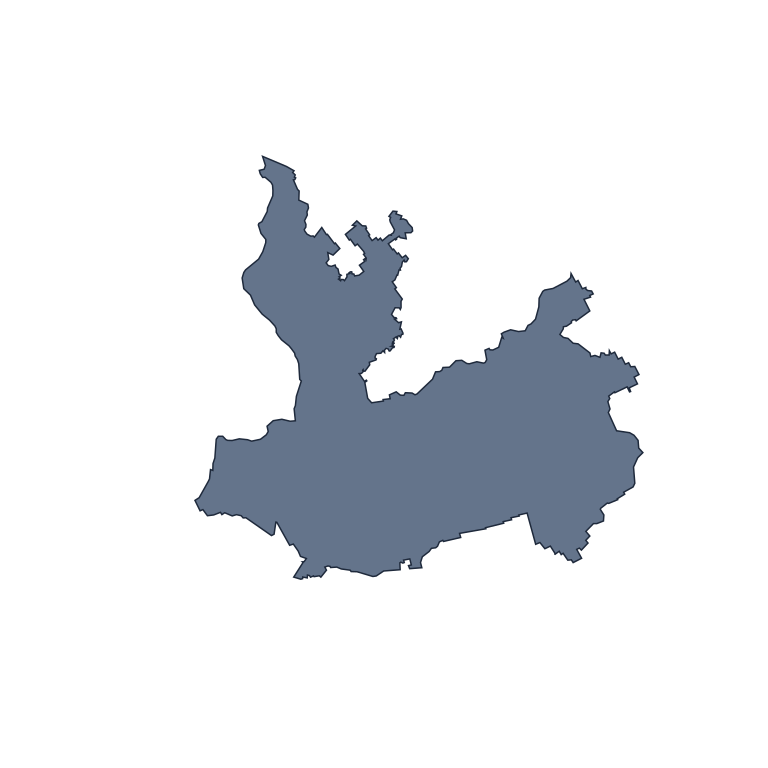 Espinal, Veracruz, Mexico (Robinson projection), rotated 145°
{"feature_id": "50627088B15670819886365", "entity_name": "Espinal", "entity_type": "district", "adm_level": 2, "iso_a3": "MEX", "parent_name": "Mexico", "parent_adm1": "Veracruz", "projection": "robinson", "projection_center": [-97.51, 20.255], "detail": "fine", "context": "isolated", "style": "filled", "palette": "slate", "viewbox_px": 768, "rotation_deg": 145, "n_neighbors": 0, "source": "geoboundaries", "source_scale": "gbopen_adm2", "svg_char_len": 6171}
<svg xmlns="http://www.w3.org/2000/svg" viewBox="0 0 768 768"><g transform="rotate(145 384 384)"><path d="M605.6,397.1L607.4,385.6L604.4,385.0L604.2,377.4L598.6,374.4L591.6,372.7L591.7,370.0L588.3,369.9L584.0,363.0L579.8,361.6L576.5,358.0L576.2,355.1L573.8,353.6L563.1,324.4L560.2,324.0L551.8,332.9L551.1,332.2L553.8,306.0L550.1,304.9L550.1,296.4L551.3,290.7L547.7,285.6L551.2,284.3L552.8,285.1L552.5,284.3L568.7,277.6L564.1,271.8L562.3,271.2L561.3,272.5L558.1,269.2L556.3,271.4L554.9,269.8L555.0,267.9L551.8,267.2L551.8,266.3L547.0,264.0L546.5,262.0L537.9,264.5L537.5,268.0L534.3,267.1L532.8,265.6L533.0,264.3L527.7,261.1L525.1,257.0L518.5,250.9L518.5,249.2L513.8,245.7L503.5,232.7L500.5,231.2L491.5,231.0L477.3,222.6L473.6,228.4L472.4,228.4L471.3,226.5L469.8,226.1L469.0,228.5L464.9,226.7L463.2,225.9L465.4,220.1L468.1,221.2L468.9,218.0L458.4,211.8L456.5,216.8L451.7,220.5L443.1,220.9L439.4,222.2L435.6,220.2L433.2,220.4L429.2,222.9L425.5,222.2L425.6,220.9L409.2,214.3L407.8,218.3L383.6,207.0L383.3,208.1L365.8,201.3L365.3,202.9L357.4,199.6L356.6,201.6L349.0,198.3L348.7,199.4L340.8,196.2L351.7,165.7L347.2,164.7L346.7,156.8L340.7,155.8L341.1,146.9L342.1,146.4L336.4,146.5L336.7,142.6L334.4,142.6L334.5,134.3L331.4,132.5L331.5,129.2L322.1,127.9L321.0,138.0L318.1,137.5L317.6,134.7L308.1,136.7L308.4,140.2L302.6,141.4L303.2,147.5L292.5,149.5L289.8,147.6L282.8,145.9L279.0,150.6L278.7,157.3L277.8,157.9L269.4,158.4L268.4,157.3L258.9,155.2L258.8,156.2L250.0,155.7L249.8,157.9L239.0,156.8L235.5,158.8L227.2,172.9L218.4,178.1L211.3,179.3L212.1,185.4L208.2,192.1L208.6,198.6L210.7,203.2L220.3,212.3L216.6,232.0L213.2,233.9L210.7,241.2L207.4,242.6L206.9,245.2L199.8,245.4L199.9,244.4L186.5,242.2L187.4,236.7L186.3,236.4L185.3,240.2L176.3,238.7L175.1,246.2L169.7,245.5L168.5,254.5L172.0,256.6L171.4,261.1L175.0,261.8L173.9,269.5L177.9,270.1L176.8,277.8L180.7,278.4L180.3,282.0L183.0,278.6L186.1,280.8L186.0,282.9L188.3,285.0L191.8,282.0L194.8,286.4L198.9,287.9L197.5,291.3L202.0,305.6L205.7,308.9L207.1,315.8L210.3,319.2L211.5,323.7L205.6,326.3L204.2,328.0L201.4,326.7L195.3,326.6L194.9,327.7L192.8,328.2L190.2,326.8L190.4,325.5L173.5,325.8L171.6,338.7L165.0,336.7L164.7,338.5L161.0,337.8L160.6,341.1L163.6,343.8L164.2,345.9L163.3,347.3L166.9,348.3L165.7,357.5L168.5,357.6L167.4,367.2L170.1,364.1L175.2,363.3L190.7,365.3L198.5,368.8L200.8,368.8L207.7,365.3L212.9,358.4L222.7,350.2L229.1,348.9L232.4,349.4L237.8,346.6L243.7,349.8L249.2,355.8L255.9,357.6L259.1,357.8L260.1,353.2L260.8,354.7L269.0,348.3L275.3,349.4L277.6,351.2L277.5,352.9L281.9,353.8L285.9,345.0L288.8,343.6L290.5,344.0L295.2,349.0L302.5,351.6L304.4,353.3L306.7,358.8L311.7,361.8L320.7,360.2L326.2,363.7L328.8,362.1L331.2,362.2L334.8,364.4L341.5,360.1L362.7,356.9L364.8,357.4L366.2,360.5L371.5,364.6L374.2,363.3L377.0,365.5L378.5,370.6L385.8,372.0L387.4,368.4L393.7,371.8L394.3,370.4L404.9,375.7L405.6,381.6L398.8,396.3L396.3,396.4L396.3,397.3L398.5,397.3L398.4,406.8L396.4,405.6L393.8,406.1L393.7,407.4L392.9,407.7L393.4,406.3L392.2,405.4L384.7,407.9L383.6,410.2L376.7,408.3L375.8,409.0L376.4,410.5L375.4,411.7L372.7,413.2L368.9,411.0L365.8,411.8L365.4,409.5L364.1,411.5L361.9,412.0L360.5,410.3L360.8,408.0L359.9,407.6L356.3,408.8L354.8,408.2L354.0,408.9L356.2,410.7L354.4,410.4L353.9,411.1L354.4,412.0L353.0,413.2L352.6,410.9L352.0,413.2L350.3,414.0L350.2,415.7L347.3,415.5L347.0,413.6L346.1,414.4L346.7,415.5L343.9,414.9L343.6,412.8L341.2,414.6L340.1,413.9L339.3,414.7L338.4,419.3L339.6,419.8L334.1,424.9L336.9,425.9L338.2,431.1L336.2,430.3L336.1,431.3L337.7,432.9L337.9,436.7L331.2,440.1L327.8,437.6L327.9,435.7L326.2,436.8L322.6,442.0L320.3,443.1L320.6,455.7L318.6,455.8L318.6,463.0L315.4,463.0L310.9,465.8L310.4,465.3L306.3,468.8L305.2,467.9L304.5,469.6L302.3,470.2L299.1,473.3L296.5,474.0L296.9,472.1L295.4,471.3L292.2,472.7L292.5,477.0L296.7,477.0L297.0,483.1L298.6,483.0L298.8,489.0L300.0,489.0L300.0,496.4L291.7,496.6L291.8,495.4L290.6,495.4L290.1,496.4L286.8,496.4L286.8,494.6L282.5,490.2L279.9,495.7L275.2,492.5L272.8,492.9L271.2,496.0L272.0,501.4L271.6,505.2L273.5,508.2L276.0,509.5L273.0,511.5L276.6,516.5L274.5,517.9L277.5,520.5L283.8,518.5L283.0,516.7L285.1,515.2L285.9,513.2L287.0,504.2L289.6,502.5L292.7,502.5L292.8,501.8L294.3,503.1L303.2,502.3L303.3,505.6L306.4,505.3L306.5,508.4L311.5,508.3L311.5,514.3L310.2,514.4L310.1,521.6L308.9,521.6L308.3,523.9L311.1,526.1L312.7,533.2L318.8,532.2L316.6,529.7L329.8,528.7L329.9,521.8L328.5,521.8L328.4,513.8L325.5,513.9L324.6,504.4L325.0,502.0L326.4,502.0L326.3,497.3L327.6,496.0L327.6,497.6L329.4,497.6L329.4,495.5L336.0,495.4L336.0,487.8L341.9,487.4L346.1,489.4L345.6,491.4L347.0,492.5L346.1,494.4L347.3,495.2L348.9,495.1L348.7,494.2L351.5,495.1L352.9,493.0L357.1,491.3L357.4,492.9L359.3,494.3L360.3,493.5L361.1,496.0L359.6,495.9L358.9,496.7L359.3,497.6L356.7,497.6L357.7,499.9L355.7,504.6L356.5,507.1L355.8,509.5L359.7,510.6L361.8,513.0L361.9,516.4L357.7,517.7L354.7,523.9L351.8,518.8L342.5,520.3L343.0,527.4L344.1,527.3L344.5,539.1L345.5,539.4L345.2,547.9L356.8,544.2L357.1,545.9L359.2,547.1L361.1,550.9L361.2,554.8L360.7,556.3L358.1,557.3L356.4,559.5L355.5,563.3L349.9,566.4L348.4,569.2L344.9,571.5L343.3,574.9L348.3,583.5L342.8,590.8L343.2,593.0L341.1,603.2L339.8,602.6L338.1,603.5L338.8,604.8L336.8,606.2L337.5,609.6L335.4,610.3L339.1,618.1L352.9,640.1L355.8,630.9L359.0,628.7L363.6,630.5L364.8,627.2L364.9,622.8L362.8,621.5L360.9,614.1L361.2,610.9L364.0,606.2L367.2,601.9L378.4,595.0L380.7,592.3L390.9,587.0L394.4,587.3L395.7,586.4L398.4,577.9L397.9,570.2L399.8,567.6L407.4,561.9L415.1,558.2L431.9,556.9L434.8,555.8L439.4,552.2L444.2,542.5L442.4,533.4L444.6,523.0L443.7,511.0L441.1,501.9L440.1,494.1L440.6,491.0L442.6,488.2L442.9,484.4L442.6,479.0L439.9,469.7L439.6,465.6L439.5,460.6L440.7,457.9L440.9,453.8L442.2,449.5L450.4,436.1L450.0,433.9L462.8,424.2L469.0,417.1L471.8,415.3L477.7,404.7L482.2,407.3L487.9,413.7L495.8,417.5L504.0,416.5L506.1,411.5L509.5,409.9L516.9,409.6L525.2,413.1L527.7,416.6L534.0,422.1L540.8,424.8L544.4,427.5L545.4,429.1L546.1,433.7L549.7,436.2L553.1,435.0L565.0,420.4L569.7,416.9L573.8,411.4L575.2,413.4L581.4,406.3L584.2,404.8L600.6,396.9L605.6,397.1Z" fill="#64748b" stroke="#1e293b" stroke-width="1.5"/></g></svg>